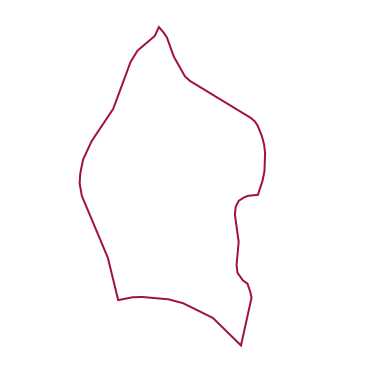 outline of Vĩnh Phúc, rotated 208°
{"feature_id": "VNM-464", "entity_name": "Vĩnh Phúc", "entity_type": "Province", "adm_level": 1, "iso_a3": "VNM", "parent_name": "Vietnam", "parent_adm1": "", "projection": "natural_earth1", "projection_center": [105.546, 21.324], "detail": "fine", "context": "isolated", "style": "outline", "palette": "rose", "viewbox_px": 384, "rotation_deg": 208, "n_neighbors": 0, "source": "natural_earth", "source_scale": "10m", "svg_char_len": 707}
<svg xmlns="http://www.w3.org/2000/svg" viewBox="0 0 384 384"><g transform="rotate(208 192 192)"><path d="M132.5,220.4L135.9,218.2L140.9,214.8L143.5,211.6L146.6,206.2L146.5,199.5L143.6,192.3L127.4,169.9L118.3,148.3L113.9,142.0L105.5,137.8L100.0,137.1L94.0,131.5L89.8,126.6L76.7,79.5L114.4,90.6L147.9,89.6L162.4,86.2L187.0,75.8L195.1,71.1L206.4,61.9L235.5,94.5L287.4,136.8L295.3,146.9L299.4,156.1L303.4,169.4L304.5,189.9L300.6,228.4L307.3,278.1L306.5,291.2L298.1,312.4L298.7,322.1L292.0,319.5L286.7,316.7L271.9,303.2L252.6,290.8L245.9,289.1L174.8,285.0L169.6,283.8L165.0,281.3L156.5,274.1L150.5,267.6L145.7,260.6L137.8,244.4L134.9,234.6L132.5,220.4Z" fill="none" stroke="#9f1239" stroke-width="2"/></g></svg>